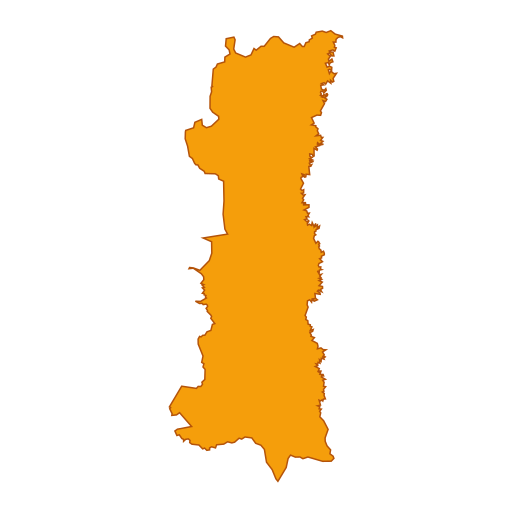 Jericho & Al Aghwar, West Bank, Palestine
{"feature_id": "87354302B18647900198549", "entity_name": "Jericho & Al Aghwar", "entity_type": "district", "adm_level": 2, "iso_a3": "PSE", "parent_name": "Palestine", "parent_adm1": "West Bank", "projection": "robinson", "projection_center": [35.498, 31.968], "detail": "fine", "context": "isolated", "style": "filled", "palette": "amber", "viewbox_px": 512, "rotation_deg": 0, "n_neighbors": 0, "source": "geoboundaries", "source_scale": "gbopen_adm2", "svg_char_len": 6006}
<svg xmlns="http://www.w3.org/2000/svg" viewBox="0 0 512 512"><path d="M342.4,36.1L335.2,34.1L330.8,30.7L326.2,32.5L322.3,31.1L316.2,32.2L315.4,34.2L311.6,35.9L312.3,38.1L309.3,39.9L309.2,41.7L305.9,42.7L304.2,46.5L302.3,46.5L299.7,43.5L294.1,47.2L283.8,42.9L278.5,36.9L273.7,36.5L270.5,38.4L264.2,46.3L261.0,46.3L256.2,50.2L254.0,48.5L251.0,54.9L245.5,57.1L235.7,53.0L233.7,49.1L235.1,39.8L233.9,37.1L226.2,38.7L225.5,46.1L229.1,49.8L230.0,54.0L224.9,57.1L224.7,61.9L217.4,64.0L216.0,67.1L213.3,69.1L211.9,85.7L212.5,86.6L211.2,87.2L211.6,91.8L210.1,96.3L210.0,108.3L212.7,112.2L218.6,116.3L218.8,119.2L211.4,126.2L206.4,127.7L202.3,125.2L201.7,119.4L194.9,122.3L193.6,127.8L185.7,130.4L185.4,131.9L185.2,138.8L187.6,146.2L189.4,156.3L192.4,158.5L194.6,163.3L195.9,164.8L197.8,164.9L199.7,168.3L204.2,171.3L205.1,173.5L215.3,173.8L218.3,175.7L218.7,179.0L223.6,181.2L224.0,201.0L223.1,214.2L224.9,229.1L227.6,234.1L203.1,238.0L211.6,241.7L211.8,253.2L209.3,260.6L199.9,270.3L193.3,267.9L189.6,267.5L189.0,268.7L193.3,268.2L201.4,273.8L203.6,276.7L203.8,279.7L200.9,283.3L203.7,284.6L202.2,285.1L204.3,287.4L202.4,287.9L204.6,290.1L202.4,293.3L204.2,293.5L204.1,294.8L205.9,295.5L205.4,297.0L206.4,298.0L200.5,301.4L195.4,301.2L199.5,303.5L202.3,303.4L203.2,304.6L206.1,304.1L207.4,305.2L207.6,306.5L206.1,308.4L207.5,310.4L207.2,311.4L211.0,315.3L211.6,316.6L210.8,318.3L214.8,323.6L212.4,324.4L210.9,330.4L207.0,331.8L204.9,335.2L202.8,335.3L201.0,336.9L199.6,336.4L198.1,339.1L198.2,344.1L203.0,356.0L201.7,362.4L203.9,363.7L203.0,367.0L205.1,369.4L204.8,379.5L201.9,382.2L202.5,384.3L200.8,386.5L198.2,386.4L196.4,388.4L181.7,386.2L169.4,406.9L170.6,407.7L169.7,408.7L172.1,413.7L171.8,415.4L176.5,414.9L179.6,412.7L191.6,426.5L177.4,429.2L174.9,431.0L176.9,435.5L179.3,434.8L181.9,438.6L183.6,439.3L183.6,441.3L185.7,439.3L188.4,438.9L190.0,440.4L189.7,442.6L191.9,444.2L198.9,445.0L202.7,448.9L204.6,448.1L206.8,450.3L209.6,449.9L209.6,447.9L211.6,446.8L215.5,447.9L216.6,444.8L223.8,444.1L227.6,441.8L231.8,442.9L234.6,442.2L239.1,438.2L241.7,439.1L245.0,437.0L251.8,437.9L255.7,443.3L260.9,445.2L264.4,449.4L266.5,462.2L272.2,469.7L275.9,478.8L277.9,481.3L286.2,467.5L288.1,458.5L290.5,455.1L295.3,457.1L300.0,457.0L302.9,458.7L307.9,457.0L322.6,461.3L331.2,461.2L333.9,458.4L333.1,456.2L329.9,453.8L330.6,449.9L327.0,445.8L325.2,441.3L325.1,437.9L328.1,429.4L323.6,420.7L319.8,416.8L320.7,412.8L319.6,411.3L321.3,409.1L319.1,408.8L319.8,406.7L317.6,405.8L320.5,405.1L319.1,400.2L320.6,400.9L321.9,400.0L322.8,401.0L323.4,399.1L325.4,398.9L324.0,395.3L324.3,393.5L322.4,392.0L323.9,391.3L323.5,389.3L325.6,386.7L323.5,386.3L324.1,382.3L322.7,380.2L325.4,379.3L321.4,377.0L321.6,375.9L323.6,375.9L323.1,374.5L319.8,374.3L321.0,371.1L319.8,371.0L319.9,372.6L318.0,371.6L319.3,368.6L315.3,366.5L317.7,365.6L316.2,363.9L317.7,364.2L318.1,362.3L320.0,363.2L319.5,359.8L321.1,361.3L321.3,358.3L323.9,359.1L322.4,356.4L324.3,357.6L325.2,356.9L323.4,355.8L324.2,354.7L322.5,352.0L325.9,349.8L323.1,349.6L321.0,347.9L317.4,348.8L318.0,346.2L317.3,343.4L311.9,340.5L314.4,337.6L310.9,336.3L311.4,335.2L309.9,332.6L312.6,331.4L313.2,329.5L310.2,330.5L311.9,326.9L310.2,326.2L310.3,324.8L308.1,324.1L307.8,320.7L305.8,319.5L306.3,317.1L305.1,315.5L308.1,307.1L307.1,304.8L307.5,300.8L309.7,299.8L311.6,302.2L312.1,298.9L314.2,298.6L313.1,300.3L314.2,301.2L317.4,299.8L315.5,298.3L314.9,293.5L320.2,294.3L320.0,292.9L317.4,291.2L318.4,290.1L321.7,291.7L320.4,289.5L322.6,288.3L322.5,286.5L319.0,285.7L322.3,282.1L319.0,280.6L321.6,279.4L319.2,278.3L321.1,277.8L319.8,276.2L321.4,274.3L319.6,274.8L317.4,270.9L319.2,272.2L319.3,270.2L321.6,269.6L320.5,269.2L320.8,266.9L319.1,267.0L318.3,265.5L318.9,263.5L322.5,261.7L319.6,258.7L321.6,257.9L321.4,256.2L324.3,254.8L324.3,253.2L323.5,251.2L321.3,252.4L320.9,250.1L319.3,248.8L318.7,246.8L319.5,246.0L318.6,244.3L319.7,243.7L318.7,241.9L317.9,241.3L315.9,243.3L313.6,238.5L314.3,235.7L315.8,234.8L314.5,233.6L314.6,231.6L315.8,231.3L316.1,229.6L319.0,228.4L319.5,226.1L317.3,227.6L317.4,224.9L314.6,226.8L315.9,223.4L313.9,226.2L312.2,222.6L311.6,225.5L309.3,224.2L307.6,225.1L307.3,223.5L308.9,221.0L308.1,220.3L307.9,221.7L306.9,221.8L304.6,219.6L307.0,219.0L306.0,216.7L308.7,216.8L307.9,215.7L309.3,213.1L307.5,213.3L306.7,210.9L304.0,210.0L309.0,207.3L309.0,204.8L303.6,204.9L303.6,203.7L305.6,203.9L305.4,202.6L302.0,202.7L303.7,199.8L302.5,198.3L304.9,194.8L303.2,195.1L301.4,193.3L303.6,193.0L303.7,189.7L302.0,190.5L300.5,189.1L303.5,183.2L300.9,178.6L301.1,177.4L303.0,176.5L301.9,173.9L304.2,174.7L303.9,176.5L304.8,177.2L305.8,176.8L306.1,174.2L309.7,174.6L308.8,166.5L310.8,166.3L311.6,164.8L310.4,165.3L309.3,163.2L313.6,161.3L309.9,161.4L309.6,160.3L312.2,159.8L309.7,158.6L311.9,157.5L309.8,156.2L309.7,153.9L312.3,154.4L313.1,156.5L314.1,156.0L314.0,148.4L317.1,150.2L317.5,149.0L315.5,146.8L319.1,145.7L317.3,144.1L317.6,142.7L320.3,145.0L323.4,144.3L320.5,143.5L323.0,141.3L320.6,140.4L322.8,137.4L321.3,137.4L320.6,135.3L316.1,135.8L318.7,133.7L317.3,130.8L318.0,128.8L315.7,126.8L315.8,125.7L311.3,124.9L314.1,123.1L311.5,117.6L316.9,115.1L320.6,115.3L321.5,112.6L320.4,110.9L324.5,103.6L323.0,100.6L325.5,101.6L326.9,99.3L324.0,97.4L326.6,96.6L327.7,94.8L327.1,93.7L326.2,93.8L325.7,96.0L323.9,94.4L322.6,97.2L321.5,96.8L322.7,95.7L320.4,95.3L321.3,94.0L320.5,92.4L321.0,91.2L322.7,91.2L323.8,93.0L326.3,90.3L325.8,88.6L324.3,90.3L321.4,89.1L320.7,85.3L323.7,84.9L321.6,83.5L324.1,82.7L325.7,84.1L327.6,80.9L330.9,83.3L330.6,80.3L332.5,82.1L333.8,81.4L333.1,78.4L336.5,73.3L334.0,73.7L330.9,71.2L329.4,73.6L328.3,69.8L329.8,69.2L331.6,70.4L331.8,67.3L329.5,66.2L327.1,67.2L325.4,63.3L328.3,62.5L329.2,64.7L330.3,62.7L332.9,61.8L331.9,59.0L329.0,61.3L328.4,59.1L330.3,56.3L327.6,53.9L329.5,52.9L331.8,55.9L333.9,55.9L333.1,52.2L329.8,52.0L329.2,51.0L332.9,49.9L334.8,51.2L336.2,47.8L334.4,47.3L334.8,45.3L333.3,42.1L335.9,42.1L336.0,39.4L338.0,37.4L340.4,36.7L342.6,37.8L342.4,36.1Z" fill="#f59e0b" stroke="#b45309" stroke-width="1.5"/></svg>